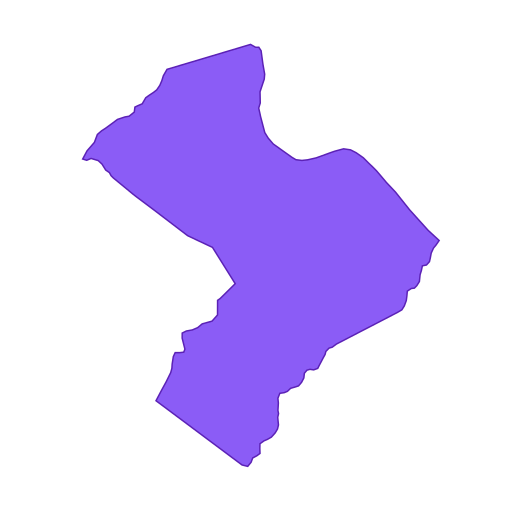 the district of Traipu, Alagoas, Brazil, rotated 185°
{"feature_id": "56859067B41834380082036", "entity_name": "Traipu", "entity_type": "district", "adm_level": 2, "iso_a3": "BRA", "parent_name": "Brazil", "parent_adm1": "Alagoas", "projection": "orthographic", "projection_center": [-36.97, -9.885], "detail": "fine", "context": "isolated", "style": "filled", "palette": "violet", "viewbox_px": 512, "rotation_deg": 185, "n_neighbors": 0, "source": "geoboundaries", "source_scale": "gbopen_adm2", "svg_char_len": 2036}
<svg xmlns="http://www.w3.org/2000/svg" viewBox="0 0 512 512"><g transform="rotate(185 256 256)"><path d="M172.1,171.8L168.2,175.3L144.1,190.6L136.5,195.4L109.9,212.3L106.0,215.1L103.9,219.2L102.4,224.7L102.2,229.4L102.2,234.2L98.4,237.2L95.4,237.8L93.2,240.5L91.0,244.8L90.9,251.7L90.0,255.8L89.4,260.7L85.4,261.9L82.7,265.5L82.2,269.1L81.7,274.2L79.8,279.5L77.8,282.3L74.9,287.4L86.8,296.6L107.0,315.4L122.6,331.8L132.5,340.6L137.7,345.8L143.4,351.4L147.3,354.7L151.8,358.3L157.6,363.2L165.2,367.6L171.1,370.0L178.1,370.4L186.6,367.3L190.2,365.7L204.6,359.0L213.0,356.3L218.6,355.2L224.6,355.4L228.9,357.5L248.6,369.1L254.1,374.5L258.0,379.7L263.6,395.3L264.6,398.6L266.2,403.6L265.1,408.8L266.3,419.9L263.2,432.9L263.2,437.9L265.8,447.6L268.8,460.9L271.4,464.2L274.6,463.9L279.9,466.3L360.9,434.2L364.0,427.5L365.1,422.4L366.7,417.6L369.4,412.8L372.4,410.0L376.3,406.9L379.6,404.1L382.6,397.7L386.9,395.4L389.6,393.8L389.8,388.8L394.6,384.2L398.7,383.1L405.9,380.0L410.9,375.5L417.2,370.0L420.7,367.3L424.6,363.3L426.9,355.1L433.5,346.0L437.1,337.5L433.0,336.6L428.8,338.8L421.5,337.3L417.4,334.1L413.2,328.5L409.3,326.3L407.4,323.4L404.9,321.3L386.4,308.6L383.8,306.8L379.6,304.1L361.6,292.9L325.9,270.3L314.9,266.2L300.1,260.8L274.3,226.6L288.0,210.5L290.4,208.5L289.2,193.9L294.1,187.3L303.7,183.7L307.8,179.6L313.0,176.8L318.9,175.2L322.8,172.8L322.4,167.7L318.7,157.0L319.6,153.9L323.5,153.1L328.1,152.7L329.6,148.6L330.1,141.1L330.0,136.8L330.8,132.4L334.5,122.9L338.4,114.0L343.0,103.1L251.7,46.6L245.9,45.7L242.9,50.1L241.7,54.5L237.7,57.1L234.8,59.7L235.4,64.5L235.7,69.3L232.0,72.5L228.5,74.4L224.9,76.9L221.5,81.4L219.5,85.5L218.9,89.7L219.7,93.9L220.3,97.2L219.8,100.9L220.7,104.1L220.8,107.9L220.9,111.5L221.8,116.2L220.3,121.3L216.0,122.3L212.9,123.9L210.0,127.2L205.6,128.9L202.3,130.3L199.6,134.1L197.7,138.7L197.6,143.4L195.3,146.7L192.4,147.8L188.6,147.6L184.7,149.4L183.4,152.7L182.0,156.0L180.3,160.1L178.6,163.9L178.1,167.0L175.2,170.6L172.1,171.8Z" fill="#8b5cf6" stroke="#5b21b6" stroke-width="1.5"/></g></svg>